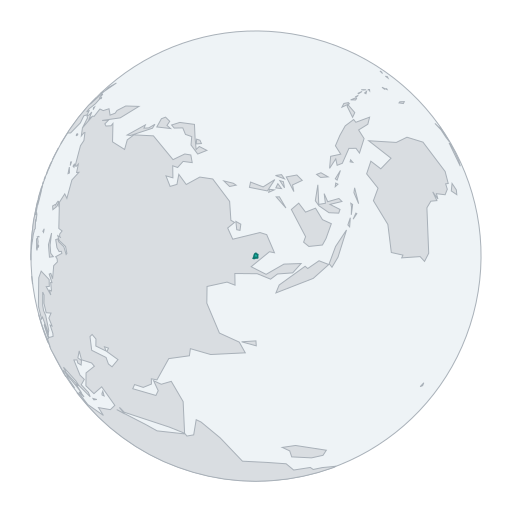 Batdâmbâng highlighted on a globe, orthographic projection, rotated 285°
{"feature_id": "KHM-1778", "entity_name": "Batdâmbâng", "entity_type": "Province", "adm_level": 1, "iso_a3": "KHM", "parent_name": "Cambodia", "parent_adm1": "", "projection": "orthographic", "projection_center": [103.119, 12.947], "detail": "fine", "context": "on_globe", "style": "filled", "palette": "teal", "viewbox_px": 512, "rotation_deg": 285, "n_neighbors": 0, "source": "natural_earth", "source_scale": "10m", "svg_char_len": 10335}
<svg xmlns="http://www.w3.org/2000/svg" viewBox="0 0 512 512"><g transform="rotate(285 256 256)"><circle cx="256" cy="256" r="225" fill="#eef3f6" stroke="#a8b0b8"/><path d="M466.8,327.8L466.4,329.3L466.3,329.5L466.8,327.8ZM358.4,55.3L359.2,55.9L367.5,60.7L359.9,56.7L380.6,69.8L387.0,76.4L375.3,66.4L370.6,63.5L372.7,66.2L368.3,64.0L366.9,64.2L361.5,61.5L355.0,56.7L351.4,55.1L353.1,57.2L348.8,56.4L346.8,53.4L339.1,51.9L326.9,45.1L326.0,42.0L314.7,38.5L313.9,38.3L329.1,42.9L344.0,48.6L358.4,55.3ZM374.4,65.2L372.8,63.8L375.9,66.0L374.4,65.2ZM367.6,64.8L369.5,66.0L367.9,65.7L367.6,64.8ZM358.2,61.5L355.2,60.9L357.2,60.6L358.2,61.5ZM352.6,60.1L345.3,59.4L348.8,61.9L334.8,55.2L345.7,57.5L347.6,56.5L349.2,58.4L352.6,60.1ZM328.2,51.9L325.4,51.3L327.1,51.1L328.2,51.9ZM309.1,37.1L308.9,37.1L302.3,35.6L301.3,35.5L296.2,34.3L309.1,37.1ZM291.7,33.6L289.0,33.2L293.6,34.0L288.8,33.3L286.1,32.8L285.3,32.7L283.8,32.5L283.2,32.4L291.7,33.6ZM272.6,31.3L273.0,31.4L270.8,31.2L272.6,31.3ZM279.0,31.9L275.1,31.5L275.4,31.6L279.0,31.9ZM286.5,33.2L294.5,34.3L294.9,34.4L286.5,33.2ZM270.6,31.2L271.9,31.4L270.0,31.2L270.6,31.2ZM281.5,32.4L284.3,32.7L284.6,32.9L281.5,32.4ZM272.1,31.5L270.5,31.3L272.5,31.4L272.1,31.5ZM276.3,31.9L276.0,32.0L274.3,31.6L277.5,32.0L276.3,31.9ZM281.3,32.5L282.4,32.7L280.1,32.4L281.3,32.5ZM265.2,31.6L262.5,31.0L267.1,31.1L269.1,31.6L265.2,31.6ZM77.2,119.0L77.3,120.3L76.0,122.8L69.0,131.9L62.5,149.9L68.8,143.1L69.9,155.1L75.2,158.3L89.7,140.8L81.1,135.1L86.6,125.3L99.1,122.1L107.7,128.4L110.1,124.9L110.6,114.3L118.6,109.8L111.5,110.3L109.9,114.5L105.4,115.3L106.5,111.6L109.3,109.9L108.4,107.0L95.4,116.8L92.4,122.1L86.4,120.5L80.9,129.4L77.1,132.3L85.1,118.4L88.9,114.1L98.8,98.8L94.2,102.9L84.6,118.0L84.9,116.1L78.7,122.9L83.7,116.3L95.4,99.8L94.0,99.6L90.1,103.6L112.3,82.5L112.0,82.7L115.5,79.9L114.6,80.9L122.2,76.0L122.6,76.8L134.1,69.5L135.8,69.2L128.5,73.4L123.7,77.2L125.8,80.8L128.7,79.8L136.0,75.0L135.6,77.1L142.4,72.0L147.8,72.8L146.9,68.0L155.5,63.4L163.4,61.4L166.0,59.3L153.2,62.7L148.2,65.0L144.2,68.2L130.5,75.1L128.0,75.3L141.7,65.6L139.6,65.2L151.2,58.8L178.7,51.8L185.8,52.4L179.7,62.3L173.1,64.2L172.1,61.3L165.2,67.9L169.5,65.4L169.3,67.5L177.3,64.5L177.5,65.8L185.0,60.9L186.1,62.3L181.4,65.4L194.3,63.1L198.9,65.7L201.8,64.6L203.5,62.7L208.3,67.8L210.1,66.8L209.3,64.7L212.5,61.6L220.0,58.3L221.3,60.2L218.7,61.7L215.2,68.0L208.3,72.2L209.5,72.7L215.9,69.6L220.1,61.8L224.3,59.3L223.2,62.8L223.9,61.3L226.4,60.7L230.0,62.2L231.6,58.4L257.0,52.2L266.5,55.2L262.7,58.4L281.8,58.5L291.0,63.3L290.2,61.1L298.8,60.6L296.0,59.0L296.3,58.0L317.1,57.9L323.0,59.9L331.0,58.8L330.6,57.9L326.8,56.2L334.8,55.2L348.8,61.9L349.0,63.5L357.6,67.2L356.9,70.8L360.2,75.9L354.3,78.6L357.5,83.0L360.6,84.1L367.2,91.4L370.2,104.2L354.3,89.1L347.1,72.3L348.9,78.3L344.5,75.8L342.7,77.5L344.3,82.3L347.0,83.5L329.1,87.9L324.9,101.5L334.9,101.6L341.4,106.7L345.5,125.8L327.6,150.9L336.1,160.8L336.7,166.9L329.7,170.2L328.5,161.1L321.2,157.4L321.6,152.2L310.0,155.5L310.1,148.3L301.0,155.0L304.7,161.1L314.9,160.3L307.0,170.1L317.7,181.3L319.2,194.3L301.9,216.4L284.0,222.5L282.9,226.6L275.7,221.4L266.2,229.2L279.7,253.8L279.4,260.8L263.9,273.0L263.6,267.9L244.4,254.1L240.9,270.5L255.4,285.1L260.4,301.5L249.2,295.8L244.2,281.4L237.4,276.1L239.2,261.8L233.6,240.1L222.4,243.3L223.3,234.8L213.9,216.6L197.7,220.7L172.1,240.6L168.5,262.1L159.7,270.7L149.1,237.7L149.5,216.6L142.4,217.5L134.3,198.3L110.7,192.4L110.3,186.7L105.2,188.1L99.9,181.1L100.4,172.0L95.9,171.3L95.4,195.4L100.6,196.4L109.0,189.4L107.6,197.7L113.0,206.6L96.5,223.3L66.3,232.9L68.3,216.5L71.0,169.1L73.7,164.7L74.0,164.2L74.3,163.2L69.5,170.0L71.6,161.2L64.8,192.6L61.5,205.7L65.8,233.7L64.2,235.8L67.1,242.1L82.4,240.6L81.4,245.9L71.1,268.4L54.3,296.0L59.4,319.8L63.1,338.9L59.0,347.8L65.8,363.2L64.6,366.5L68.8,374.8L71.5,382.1L73.7,387.8L71.7,385.6L63.1,372.3L55.4,358.4L48.7,344.1L43.0,329.3L38.3,314.1L34.8,298.7L32.3,283.0L31.0,267.2L30.8,251.4L31.7,235.5L33.6,219.8L36.7,204.3L40.9,189.0L46.2,174.0L52.4,159.5L59.7,145.4L68.0,131.9L77.2,119.0ZM111.7,145.6L120.2,149.5L125.1,136.7L128.8,137.4L129.1,133.1L125.4,135.8L127.6,124.6L134.4,122.9L137.8,118.0L135.2,116.5L122.4,121.7L119.2,137.4L113.5,141.4L111.7,145.6ZM132.4,67.6L132.1,67.8L132.4,67.6ZM121.2,75.5L121.3,75.4L121.8,75.1L125.9,72.1L128.7,70.2L142.5,61.5L143.4,61.2L140.5,62.7L139.7,63.4L135.0,66.1L122.3,75.2L118.0,78.3L118.8,77.3L121.2,75.5ZM178.5,44.5L176.3,45.4L171.4,47.3L171.0,47.4L178.5,44.5ZM251.1,30.8L247.4,30.9L253.1,30.8L248.0,31.1L250.0,31.1L247.1,31.9L238.5,32.6L241.5,32.7L239.4,33.6L232.3,34.6L234.4,33.6L225.2,35.7L223.8,35.0L222.8,35.3L219.1,35.3L212.8,36.1L213.2,35.7L210.6,36.3L208.0,36.6L204.6,37.3L204.1,37.0L199.8,38.0L202.1,37.4L194.8,39.3L200.0,37.8L197.2,38.5L193.6,39.6L194.4,39.3L213.0,34.9L232.0,32.0L251.1,30.8ZM266.6,31.0L265.4,30.9L265.3,31.0L262.8,30.8L264.7,31.0L262.0,31.0L262.7,31.2L259.2,31.2L264.1,31.8L254.1,32.0L248.5,32.0L256.0,30.9L254.8,30.8L257.8,30.7L266.6,31.0ZM78.8,120.1L78.6,121.2L79.2,121.8L75.3,126.4L78.8,120.1ZM86.5,108.8L86.9,108.8L81.7,114.9L81.9,114.1L86.5,108.8ZM91.6,103.8L87.4,108.3L89.8,105.4L91.6,103.8ZM129.4,73.4L130.4,73.4L128.8,74.6L126.2,76.1L129.4,73.4ZM204.7,43.0L206.8,41.9L208.2,41.7L215.6,39.6L217.2,40.3L213.3,41.9L204.7,43.0ZM85.7,143.0L81.5,145.5L81.9,143.3L83.2,142.8L85.7,143.0ZM76.2,135.4L76.2,139.4L75.1,136.6L76.2,135.4ZM207.7,43.5L210.6,42.4L209.6,43.5L207.7,43.5ZM218.7,40.8L218.3,41.9L218.2,40.2L218.7,40.8ZM172.3,448.4L177.0,450.9L173.9,450.5L172.3,448.4ZM83.2,343.2L86.6,374.2L80.8,372.3L75.4,361.9L71.2,342.5L76.5,339.0L77.9,330.9L83.2,343.2ZM316.7,340.3L323.3,341.4L323.0,342.4L316.7,340.3ZM309.8,336.7L317.4,337.2L308.4,338.9L309.8,336.7ZM320.4,337.4L328.1,335.5L331.5,333.9L330.8,336.0L320.4,337.4ZM304.6,336.7L276.1,335.5L264.8,332.3L267.5,328.7L285.8,330.4L304.6,336.7ZM266.6,328.5L249.2,317.1L225.5,284.8L234.0,285.9L258.8,306.1L257.3,309.2L267.7,318.1L266.6,328.5ZM308.3,310.8L306.7,320.4L291.0,319.1L283.8,317.3L278.9,304.6L281.7,298.4L287.5,298.9L310.1,278.1L318.1,283.6L311.2,292.5L317.6,301.1L308.3,310.8ZM169.4,264.3L174.0,277.9L169.3,279.5L169.4,264.3ZM319.2,263.3L310.1,272.5L318.3,260.2L319.2,263.3ZM323.9,251.7L324.6,256.5L320.8,251.8L323.9,251.7ZM282.8,233.1L276.6,233.9L276.4,230.6L284.2,227.6L282.8,233.1ZM320.2,205.5L320.4,215.2L319.3,218.5L316.3,212.5L320.2,205.5ZM225.3,52.6L213.2,54.3L205.5,57.0L202.9,60.4L201.4,56.8L213.2,52.6L225.3,52.6ZM253.0,51.8L255.2,49.6L257.7,50.6L257.6,51.2L253.0,51.8ZM251.9,50.5L248.2,47.8L251.7,46.6L254.0,48.9L251.9,50.5ZM227.5,44.4L223.8,44.7L224.7,43.7L227.5,44.4ZM414.8,413.6L415.0,414.4L408.6,420.6L400.8,427.1L395.6,430.1L414.8,413.6ZM367.2,434.1L369.4,427.8L376.8,426.6L371.7,432.4L367.2,434.1ZM420.0,408.5L425.8,402.0L430.4,394.5L426.8,401.0L428.5,400.3L416.1,413.6L420.0,408.5ZM346.8,408.6L303.4,422.1L294.4,420.2L297.9,414.7L291.9,397.2L294.9,397.7L294.4,385.8L320.6,375.2L339.8,355.1L353.1,356.3L364.0,341.6L377.3,342.4L372.5,354.0L385.4,361.1L396.5,335.0L402.0,362.1L409.8,371.1L409.2,387.8L386.6,416.8L375.8,422.9L374.8,420.5L370.0,423.5L364.1,422.8L362.9,414.1L358.1,417.0L363.7,410.1L356.3,416.4L354.2,410.7L346.8,408.6ZM440.9,354.5L442.2,355.0L443.5,359.3L441.4,358.9L440.9,354.5ZM463.2,334.4L463.2,336.5L462.0,337.5L463.2,334.4ZM466.3,329.5L465.0,331.0L466.8,327.8L466.3,329.5ZM450.9,337.3L451.4,338.9L450.7,339.6L450.9,337.3ZM450.4,336.8L451.6,334.0L451.1,336.7L450.4,336.8ZM444.8,323.1L445.9,321.5L446.2,322.6L444.8,323.1ZM333.1,341.6L342.5,334.2L347.4,333.6L333.1,341.6ZM443.7,320.2L441.2,320.2L441.6,318.7L443.7,320.2ZM444.1,316.7L443.9,314.6L445.1,319.4L444.1,316.7ZM439.6,312.5L442.4,315.9L439.2,313.0L439.6,312.5ZM437.7,313.2L435.5,311.8L435.7,311.1L437.7,313.2ZM411.0,317.8L419.5,329.8L412.2,329.9L404.3,322.5L397.4,330.0L382.2,329.3L385.9,324.7L384.0,317.9L367.9,315.4L364.6,310.9L370.5,307.9L359.7,304.4L371.6,302.3L376.3,311.5L383.0,304.2L394.2,305.8L404.8,308.5L413.1,315.0L411.0,317.8ZM371.3,322.5L373.4,322.5L371.5,325.3L371.3,322.5ZM431.3,307.0L434.5,311.3L434.1,312.4L432.5,311.8L431.3,307.0ZM415.0,313.4L424.1,305.4L426.1,305.4L420.1,314.3L415.0,313.4ZM422.0,300.5L426.1,301.4L428.1,305.6L427.2,306.8L422.0,300.5ZM347.1,314.1L346.6,316.6L343.4,314.6L347.1,314.1ZM351.1,312.6L360.5,315.4L350.3,314.7L351.1,312.6ZM322.1,303.3L324.9,309.4L333.9,305.7L327.0,311.2L333.0,321.2L330.9,324.9L325.0,314.1L322.7,325.1L318.8,324.8L316.7,315.3L320.8,303.8L324.7,299.0L340.8,297.3L322.1,303.3ZM351.1,305.2L348.6,298.1L350.5,293.4L353.2,297.2L351.1,305.2ZM341.0,281.1L334.1,272.9L328.0,275.9L340.2,264.8L344.8,274.5L341.0,281.1ZM334.9,263.2L329.2,265.9L335.0,259.5L334.9,263.2ZM327.7,263.2L326.9,257.5L331.5,258.4L327.7,263.2ZM337.9,263.5L338.8,254.0L341.2,259.6L337.9,263.5ZM324.6,245.0L334.7,254.4L321.8,250.1L320.6,231.9L326.0,231.6L324.6,245.0ZM350.5,174.2L348.8,169.3L353.5,168.4L353.3,171.9L350.5,174.2ZM367.2,162.5L354.2,166.6L343.4,170.6L347.1,172.9L345.3,181.2L339.4,173.3L346.4,164.5L354.7,163.0L355.2,156.4L360.8,152.1L358.4,143.9L360.7,140.6L365.3,147.8L367.2,162.5ZM357.0,140.5L355.0,126.8L364.1,129.1L366.7,132.7L363.8,137.8L359.1,136.2L357.0,140.5ZM357.1,124.3L352.6,122.9L339.9,103.5L339.5,100.2L354.0,115.2L350.5,114.7L352.0,119.3L357.1,124.3ZM326.7,52.3L325.6,51.4L328.0,52.4L326.7,52.3ZM294.6,57.2L295.4,56.0L298.2,56.9L294.6,57.2ZM299.1,53.4L295.3,53.2L298.8,52.6L299.1,53.4ZM286.9,53.1L293.6,52.7L287.9,54.3L286.9,53.1Z" fill="#d9dde1" stroke="#a8b0b8" stroke-width="1"/><path d="M254.6,258.0L254.5,257.9L254.4,257.8L254.4,257.7L254.0,257.3L253.8,257.2L253.6,257.2L254.2,257.0L254.5,256.8L254.6,256.7L254.6,256.0L254.6,255.8L254.5,255.6L254.4,255.4L254.2,255.3L254.0,255.5L253.9,255.8L253.7,255.8L253.5,255.7L253.4,255.6L253.3,255.4L253.2,255.2L253.0,254.7L253.0,254.4L253.0,254.2L253.0,253.9L254.2,254.0L254.3,254.1L254.5,254.1L254.8,254.1L255.2,254.2L255.4,254.2L255.5,254.2L256.0,254.0L256.3,254.1L256.5,254.1L257.1,254.1L257.3,254.2L257.5,254.3L257.8,254.4L258.1,254.5L258.3,254.7L258.4,255.0L258.6,255.2L258.3,255.5L258.2,255.6L258.2,255.8L258.2,256.0L258.1,256.3L257.9,256.4L257.9,256.5L258.0,256.5L257.9,256.8L258.0,256.9L258.0,257.0L257.9,257.3L257.7,257.5L257.2,257.5L256.8,257.4L256.4,257.5L256.2,257.6L255.9,257.7L255.8,257.8L255.7,257.8L255.6,257.7L255.4,257.8L255.1,257.9L255.1,258.0L254.9,258.0L254.7,258.1L254.6,258.0Z" fill="#14b8a6" stroke="#0f766e" stroke-width="1.5"/></g></svg>